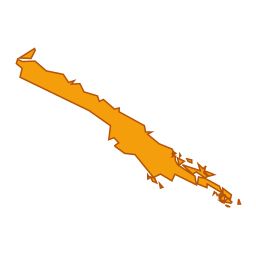 outline of Hograno-Kia-Havulei, Isabel, Solomon Islands, rotated 176°
{"feature_id": "97153195B62958617202697", "entity_name": "Hograno-Kia-Havulei", "entity_type": "district", "adm_level": 2, "iso_a3": "SLB", "parent_name": "Solomon Islands", "parent_adm1": "Isabel", "projection": "robinson", "projection_center": [158.602, -7.881], "detail": "medium", "context": "isolated", "style": "filled", "palette": "amber", "viewbox_px": 256, "rotation_deg": 176, "n_neighbors": 0, "source": "geoboundaries", "source_scale": "gbopen_adm2", "svg_char_len": 1752}
<svg xmlns="http://www.w3.org/2000/svg" viewBox="0 0 256 256"><g transform="rotate(176 128 128)"><path d="M234.9,200.0L229.4,195.0L232.2,186.2L165.7,148.1L145.3,131.5L148.0,117.7L142.6,119.3L138.3,113.9L142.4,111.4L142.2,110.5L133.1,102.9L122.9,101.0L106.0,76.9L98.8,79.8L87.9,72.2L84.4,78.6L63.7,66.5L64.6,75.3L81.1,87.9L83.2,92.7L82.5,96.6L85.8,96.3L85.1,96.9L85.7,99.0L84.6,101.8L85.5,103.9L98.1,110.1L108.9,120.4L104.7,122.3L110.8,122.8L111.5,129.2L135.8,144.8L135.3,148.6L140.2,147.8L150.6,158.2L154.8,156.5L156.2,162.1L169.4,167.1L172.9,175.6L181.4,175.7L178.3,179.0L184.1,177.6L188.8,186.0L205.6,190.7L216.1,201.2L228.9,201.7L233.4,204.3L234.9,200.0ZM76.3,87.5L66.7,77.4L63.0,79.4L54.5,72.9L51.7,74.2L55.5,78.0L55.1,79.0L50.7,74.3L45.1,75.4L54.8,80.1L52.9,84.7L55.8,82.2L60.5,87.2L58.8,80.3L76.3,87.5ZM62.7,67.5L53.4,62.9L52.9,66.6L38.5,56.6L40.9,63.6L54.9,72.5L61.0,74.3L62.7,67.5ZM231.5,205.4L219.9,204.1L215.1,212.1L215.7,213.8L231.5,205.4ZM41.9,55.5L41.9,50.7L39.2,55.6L36.0,54.7L35.2,53.3L38.7,53.9L41.3,50.0L37.0,48.5L36.1,52.6L30.7,50.1L29.5,54.1L37.7,61.4L37.9,56.3L41.9,55.5ZM80.7,94.7L79.7,87.4L74.1,90.9L80.7,94.7ZM36.8,47.5L30.7,45.8L29.5,46.9L33.6,51.1L36.8,47.5ZM109.1,77.7L107.2,73.2L103.2,71.2L104.8,75.9L109.1,77.7ZM71.5,93.2L70.4,90.6L66.8,88.7L66.6,91.7L71.5,93.2ZM23.6,44.4L21.1,44.3L22.6,49.4L23.6,44.4ZM100.4,70.5L99.8,65.8L97.3,66.5L100.4,70.5ZM84.1,101.0L84.7,97.5L82.0,99.4L84.1,101.0ZM31.5,42.2L36.2,44.5L34.4,42.7L31.5,42.2ZM111.6,79.9L111.8,75.7L110.5,76.1L110.6,78.2L111.6,79.9ZM41.6,49.2L39.2,47.1L37.4,46.6L37.7,48.4L41.6,49.2ZM44.8,57.5L43.4,53.7L43.9,56.1L44.8,57.5ZM46.3,58.4L47.3,56.0L45.4,57.5L46.3,58.4ZM78.1,98.3L78.3,95.7L77.2,96.7L78.1,98.3Z" fill="#f59e0b" stroke="#b45309" stroke-width="1.5"/></g></svg>